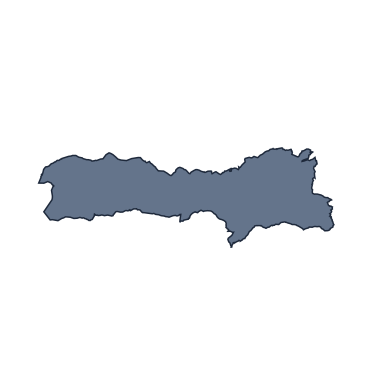 Cernisoara, Vâlcea, Romania, rotated 121°
{"feature_id": "2599482B75338382819918", "entity_name": "Cernisoara", "entity_type": "district", "adm_level": 2, "iso_a3": "ROU", "parent_name": "Romania", "parent_adm1": "Vâlcea", "projection": "albers", "projection_center": [24.009, 45.016], "detail": "fine", "context": "isolated", "style": "filled", "palette": "slate", "viewbox_px": 384, "rotation_deg": 121, "n_neighbors": 0, "source": "geoboundaries", "source_scale": "gbopen_adm2", "svg_char_len": 6046}
<svg xmlns="http://www.w3.org/2000/svg" viewBox="0 0 384 384"><g transform="rotate(121 192 192)"><path d="M225.0,316.1L230.3,320.8L230.9,320.7L231.4,321.5L233.5,322.3L234.0,323.4L234.5,323.9L236.5,324.5L236.9,325.1L238.8,325.9L240.3,327.2L243.5,328.0L244.7,328.9L245.7,330.2L246.4,330.5L249.0,330.8L252.8,329.6L255.3,330.1L254.2,329.5L254.3,329.2L256.4,329.5L257.4,328.9L263.3,328.0L260.7,323.5L257.3,321.0L256.9,317.2L257.7,315.6L257.9,314.6L257.7,314.3L257.8,313.8L258.3,313.6L258.4,314.0L262.9,313.3L267.3,309.6L269.1,308.6L270.8,308.0L285.3,308.8L289.0,299.2L287.6,297.4L285.6,292.1L281.7,290.0L280.3,288.7L278.4,287.6L276.3,283.3L275.5,279.6L273.6,276.9L271.5,275.0L271.0,272.9L270.8,272.5L270.2,272.1L269.9,271.2L270.0,270.2L269.5,268.8L269.6,267.9L269.3,267.1L269.5,265.8L268.8,264.5L268.1,264.4L266.9,263.4L263.1,263.4L261.2,264.2L261.2,263.3L261.4,263.2L261.5,262.5L260.5,261.0L260.6,260.4L259.2,258.5L258.5,258.0L257.9,256.9L257.4,254.9L255.2,252.4L253.9,248.4L252.9,247.5L251.7,247.8L251.3,247.5L248.4,247.2L247.8,246.8L247.1,245.8L246.2,243.1L244.8,241.0L242.3,239.5L241.8,238.9L241.2,237.3L240.4,236.5L239.7,236.5L239.8,236.1L239.4,235.7L239.7,235.5L239.7,235.1L236.5,233.3L235.4,231.4L235.1,231.2L234.9,230.9L235.4,229.6L234.6,228.5L234.2,227.3L235.1,224.5L235.1,223.7L234.5,222.7L231.1,214.8L230.0,213.6L229.9,211.6L228.6,208.8L228.2,206.3L226.9,203.4L226.7,202.0L225.8,200.1L225.4,198.7L222.1,196.1L220.6,194.2L220.4,192.9L219.8,192.0L218.7,191.2L217.6,190.9L217.0,190.1L222.1,187.9L223.7,187.1L223.6,186.7L222.6,186.6L221.6,184.7L220.3,184.5L217.1,181.1L216.3,181.4L215.8,180.8L215.3,180.8L213.7,181.3L211.8,181.2L209.8,180.6L207.4,179.1L207.4,178.4L206.8,176.5L205.4,176.2L203.0,174.9L202.7,172.1L202.0,171.7L200.1,169.2L198.9,166.9L198.6,166.1L198.5,164.3L199.2,161.6L199.0,160.8L199.2,159.7L200.4,157.5L200.9,155.7L200.9,154.2L200.3,152.2L200.0,149.9L200.2,147.9L201.6,146.2L202.8,145.9L203.3,145.2L204.9,144.6L205.0,143.4L205.4,142.8L205.3,141.7L205.7,140.9L207.2,141.0L205.9,138.9L205.7,136.3L205.2,135.7L208.6,135.5L213.0,137.1L214.2,136.8L215.9,134.7L215.9,133.8L216.4,132.9L217.8,131.4L217.7,130.6L219.1,130.2L218.8,129.6L216.8,130.3L214.8,130.2L214.5,130.4L214.0,130.0L213.9,130.2L213.5,129.8L213.7,129.4L213.4,129.4L212.9,128.7L211.7,128.3L210.5,127.2L209.3,126.9L209.0,125.5L209.3,125.3L207.2,124.2L207.0,124.4L205.4,123.7L204.7,123.1L204.7,122.8L202.3,122.9L199.9,122.2L196.5,122.5L194.6,121.7L191.3,121.3L190.1,120.6L188.9,120.8L187.8,119.7L185.4,115.8L185.6,115.7L185.2,114.8L185.5,113.7L185.5,112.4L185.1,111.6L185.1,110.3L184.9,109.8L183.5,109.1L182.1,107.6L181.1,107.4L179.6,106.6L179.1,105.8L179.3,105.6L178.4,104.9L178.1,104.3L176.6,103.7L175.2,100.9L172.4,100.1L169.7,96.9L169.8,96.2L169.4,95.6L169.3,94.4L168.4,91.1L168.3,89.4L167.2,87.6L166.5,85.5L166.7,84.8L166.4,83.3L166.4,78.8L166.6,77.7L167.0,77.0L165.1,75.9L162.7,73.6L161.7,73.5L160.2,70.7L159.1,69.9L158.2,68.9L157.3,66.9L156.0,65.2L155.8,63.6L156.4,62.7L156.6,62.0L156.4,60.4L156.9,58.3L156.4,57.5L155.1,55.6L153.9,54.7L152.9,54.4L152.1,54.7L149.5,53.2L148.0,53.8L147.0,53.5L146.3,54.7L145.0,56.0L144.5,57.1L143.9,57.2L142.7,59.2L142.6,59.8L141.8,59.6L141.5,60.0L141.3,61.2L141.5,61.4L140.0,61.5L139.6,62.8L138.5,62.2L137.1,62.2L136.4,62.6L136.0,63.7L134.3,62.9L133.3,63.7L132.5,63.9L132.6,64.6L132.5,65.5L133.2,66.4L132.9,66.7L133.2,67.5L133.0,68.4L131.2,70.6L130.3,70.2L129.6,69.5L128.9,69.7L126.9,68.3L126.7,69.2L127.1,71.1L126.9,72.8L127.7,74.1L128.3,75.8L128.0,77.5L128.1,79.7L129.2,83.4L130.1,84.9L130.3,85.4L130.8,85.9L131.0,87.8L130.8,88.3L129.9,89.0L127.9,89.9L127.7,90.8L126.8,91.6L124.4,92.4L123.7,93.2L123.1,92.8L121.4,93.8L119.5,93.9L119.0,95.1L118.6,95.4L118.2,95.4L116.6,94.7L116.7,93.8L114.8,95.4L112.6,96.9L111.2,96.9L109.5,99.6L109.0,100.0L107.1,100.5L106.7,99.7L104.0,99.7L103.8,99.3L103.3,99.4L101.1,101.4L101.5,102.0L99.0,104.4L102.0,105.5L103.0,106.6L104.3,107.2L104.6,107.6L104.7,109.1L105.0,109.7L107.9,112.1L109.1,113.4L108.5,113.6L107.3,113.0L103.4,109.7L101.6,110.0L100.6,110.7L100.1,110.8L99.1,109.9L98.1,110.0L95.6,109.1L95.7,109.9L97.0,110.1L97.3,110.4L97.4,111.0L97.1,111.2L96.8,110.9L95.0,112.0L95.3,114.4L96.1,115.8L99.3,117.6L100.2,118.8L101.7,118.4L103.4,119.0L104.6,119.0L105.4,118.7L107.0,119.0L107.5,119.7L108.3,125.8L106.7,126.2L106.1,127.0L105.5,127.2L105.4,127.4L105.7,127.8L104.4,128.9L104.5,129.2L106.8,131.2L107.3,132.6L108.2,133.3L108.1,135.2L108.6,135.9L107.8,137.0L107.9,137.6L110.7,140.8L111.6,141.2L111.4,141.7L112.1,142.3L112.9,143.5L113.2,144.3L113.0,144.9L113.5,145.0L115.3,147.0L117.2,147.5L118.1,148.6L119.8,149.9L123.4,151.1L125.2,152.4L128.6,153.3L128.9,153.9L129.6,157.2L131.9,158.3L132.4,159.2L132.8,160.8L135.9,163.7L136.9,163.6L138.9,161.9L142.8,163.0L146.0,163.3L146.2,163.8L146.6,163.9L146.5,164.8L147.7,163.8L149.0,163.9L148.9,166.0L149.5,167.7L151.3,169.4L151.5,170.2L151.8,170.7L152.4,170.8L152.5,169.8L153.8,169.1L154.6,169.9L154.4,170.2L154.6,170.5L153.7,171.0L153.3,171.6L156.0,173.2L156.9,174.0L157.1,174.7L158.3,174.7L159.4,175.2L159.6,175.8L160.7,175.9L162.3,176.6L162.5,178.0L162.3,181.9L163.4,182.8L166.0,184.2L165.1,185.4L164.2,185.9L164.2,186.4L166.0,189.1L168.3,190.7L168.6,191.2L168.5,191.9L168.8,191.9L169.6,195.2L169.6,197.0L170.2,199.2L170.9,200.3L172.4,201.3L175.5,203.0L177.4,203.2L177.6,204.4L176.4,208.2L176.4,209.5L176.8,210.2L176.5,211.8L177.1,215.1L178.4,216.3L180.9,217.1L181.7,217.1L182.9,216.6L183.4,216.6L185.3,217.6L187.2,217.8L188.7,218.4L189.0,219.7L188.9,221.2L188.7,222.6L188.7,227.0L191.2,231.8L190.2,235.0L189.4,236.2L189.5,237.0L188.6,241.1L188.7,242.3L187.8,244.2L190.1,245.8L190.3,246.3L190.2,247.4L189.7,248.0L190.2,248.7L190.1,250.9L189.1,253.9L190.1,255.8L194.5,261.0L198.8,264.3L201.2,269.3L202.0,272.5L201.3,275.4L200.7,279.1L200.8,281.6L201.2,283.3L204.3,284.9L209.4,285.4L210.9,287.4L214.1,289.9L214.6,291.1L215.5,291.8L216.8,293.4L217.1,294.2L216.8,295.1L217.4,296.5L217.5,297.1L218.6,299.1L219.5,302.6L219.3,303.6L220.5,307.1L220.5,310.3L222.2,313.2L223.4,314.1L225.0,316.1Z" fill="#64748b" stroke="#1e293b" stroke-width="1.5"/></g></svg>